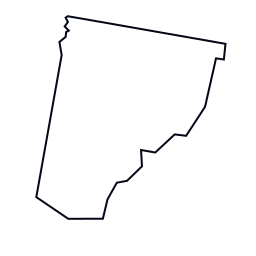 Gilpin, Colorado, United States of America (orthographic projection), rotated 280°
{"feature_id": "52423323B33971175685434", "entity_name": "Gilpin", "entity_type": "district", "adm_level": 2, "iso_a3": "USA", "parent_name": "United States of America", "parent_adm1": "Colorado", "projection": "orthographic", "projection_center": [-105.517, 39.842], "detail": "fine", "context": "isolated", "style": "outline", "palette": "ink", "viewbox_px": 256, "rotation_deg": 280, "n_neighbors": 0, "source": "geoboundaries", "source_scale": "gbopen_adm2", "svg_char_len": 458}
<svg xmlns="http://www.w3.org/2000/svg" viewBox="0 0 256 256"><g transform="rotate(280 128 128)"><path d="M34.3,119.0L54.1,120.2L72.2,126.5L75.8,136.2L92.7,148.4L108.6,144.7L108.6,159.1L129.8,175.1L130.4,186.6L162.3,200.2L211.9,202.6L212.1,210.5L227.8,209.4L227.7,66.6L227.6,49.2L225.8,47.4L222.0,50.4L217.0,48.0L213.6,52.8L211.7,50.4L206.9,50.8L200.9,45.5L188.3,50.0L44.0,49.7L28.2,84.9L34.3,119.0Z" fill="none" stroke="#020617" stroke-width="2"/></g></svg>